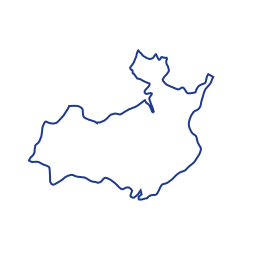 Nghia Lo, Yên Bái, Vietnam (Equal Earth projection), rotated 30°
{"feature_id": "81297802B35519691635120", "entity_name": "Nghia Lo", "entity_type": "district", "adm_level": 2, "iso_a3": "VNM", "parent_name": "Vietnam", "parent_adm1": "Yên Bái", "projection": "equal_earth", "projection_center": [104.497, 21.599], "detail": "fine", "context": "isolated", "style": "outline", "palette": "blue", "viewbox_px": 256, "rotation_deg": 30, "n_neighbors": 0, "source": "geoboundaries", "source_scale": "gbopen_adm2", "svg_char_len": 5308}
<svg xmlns="http://www.w3.org/2000/svg" viewBox="0 0 256 256"><g transform="rotate(30 128 128)"><path d="M89.9,214.8L91.4,214.6L92.5,213.6L94.8,209.7L97.0,205.5L98.0,202.4L99.8,199.5L102.0,197.2L103.5,196.4L104.1,196.2L106.0,196.1L107.6,195.7L108.7,195.4L111.8,194.0L113.7,193.3L114.4,192.8L115.0,192.6L117.3,192.4L121.9,192.6L122.0,192.6L124.5,192.0L127.1,190.9L129.3,190.5L130.5,189.4L131.6,187.7L131.9,185.7L132.4,183.5L133.2,182.5L134.8,181.9L138.0,181.6L140.2,181.7L143.7,182.2L146.6,182.8L148.0,183.2L149.0,183.5L150.5,183.9L151.9,184.1L152.7,184.1L153.4,184.0L154.1,183.5L155.0,182.4L155.8,181.1L156.7,180.1L157.9,179.3L158.9,179.1L160.5,179.3L161.5,179.5L162.9,180.1L163.1,181.1L163.7,184.5L164.1,185.7L164.8,186.0L165.1,186.1L165.4,186.1L165.9,186.0L166.6,186.0L167.2,185.8L167.5,185.7L167.8,185.4L168.1,185.2L168.4,184.3L169.3,182.0L169.7,180.9L169.9,178.9L170.0,176.7L170.1,175.7L172.9,178.6L172.2,180.7L171.7,182.6L172.5,183.8L172.9,184.3L173.2,184.4L173.4,184.4L173.6,184.3L174.3,183.9L175.5,183.2L176.3,182.4L178.3,180.4L179.8,179.0L179.8,178.4L179.9,177.8L180.1,177.2L180.3,176.7L180.5,176.3L181.1,175.5L181.5,174.8L182.3,174.1L184.1,172.9L184.9,172.3L185.4,171.8L185.7,171.4L185.9,170.8L186.0,170.0L186.0,168.1L186.0,167.2L185.9,166.0L185.7,164.4L185.6,162.5L185.6,161.4L185.7,160.6L185.9,160.1L186.0,159.6L186.4,159.1L187.0,158.5L188.0,157.6L188.4,157.2L188.9,156.5L189.7,155.4L189.9,154.9L190.2,154.3L190.7,153.0L191.1,152.2L191.6,151.1L191.9,150.1L192.5,147.8L192.7,147.2L193.0,146.0L193.3,144.9L193.6,143.9L194.1,142.8L194.7,141.4L195.2,140.6L195.9,139.5L197.2,138.1L198.1,137.0L198.5,136.4L198.9,135.6L199.4,133.3L199.9,131.5L200.4,129.9L201.1,128.2L201.7,126.6L202.2,125.3L202.4,124.0L202.5,123.2L202.6,122.1L202.7,118.8L202.8,117.3L202.9,115.8L202.8,114.3L202.6,113.0L202.3,111.7L202.0,110.5L201.5,109.6L201.2,109.1L200.6,108.6L200.0,108.2L198.6,107.5L197.6,106.9L196.0,105.9L194.8,104.9L193.9,104.0L192.9,102.8L192.0,101.8L191.2,101.2L190.5,100.9L190.0,100.8L188.0,100.6L186.9,100.5L185.5,100.0L184.5,99.5L183.2,98.6L181.9,97.7L180.8,96.8L179.9,95.9L179.1,94.8L178.5,93.8L178.1,93.0L177.6,91.7L177.2,90.1L176.8,87.9L176.7,87.2L176.6,86.3L176.5,85.2L176.6,83.7L176.7,82.0L176.8,81.2L177.1,80.5L177.5,79.8L178.0,79.0L178.9,77.8L179.4,76.8L179.6,76.2L179.7,75.5L179.8,74.8L179.8,73.3L179.8,72.8L179.6,72.0L179.2,71.0L178.9,70.2L178.5,69.0L178.1,67.6L177.5,65.2L177.3,64.1L176.5,60.9L176.1,59.2L175.9,58.4L175.7,56.2L175.7,55.6L175.7,55.0L175.9,54.4L176.1,53.3L176.4,52.0L176.8,50.1L176.9,48.8L177.0,48.1L177.0,47.3L176.8,45.8L176.5,43.5L176.3,41.3L176.3,41.2L172.9,41.2L170.6,41.3L170.6,43.3L170.9,45.0L171.5,46.8L171.9,48.0L172.1,48.8L172.2,49.5L172.2,50.2L172.0,51.0L171.6,51.6L170.7,52.4L169.8,53.7L168.5,55.8L168.1,57.1L168.0,58.9L168.0,60.5L168.3,62.0L168.6,63.3L167.6,64.3L166.7,65.1L165.4,66.1L163.6,67.5L162.7,67.9L162.0,68.0L161.3,67.9L160.9,67.8L159.9,67.3L158.0,66.3L156.7,65.7L155.9,65.5L155.1,65.6L154.7,65.9L154.4,66.2L153.8,67.1L153.2,68.4L152.5,69.2L152.0,69.6L151.3,69.8L147.6,70.3L145.2,70.6L140.9,71.1L139.3,71.1L137.9,70.7L135.9,70.1L134.8,69.6L133.8,68.8L133.8,65.6L134.7,62.0L134.9,59.5L134.8,58.0L133.8,56.7L131.9,54.8L129.7,53.5L128.3,52.1L127.5,50.6L127.3,48.9L126.3,47.9L125.2,48.6L123.2,49.4L122.0,49.5L121.8,49.7L121.5,50.0L121.5,51.0L121.4,52.1L121.3,52.8L121.1,53.2L120.9,53.3L120.3,53.3L119.9,53.1L119.0,52.6L115.7,50.3L115.4,50.1L115.1,50.3L115.0,51.0L114.8,53.7L114.7,54.6L114.5,55.1L112.7,57.3L109.9,58.0L105.6,58.0L103.8,57.6L102.4,56.9L100.5,56.6L98.9,56.1L98.1,55.7L98.0,56.2L98.0,56.7L98.4,58.9L99.4,62.0L99.8,65.4L100.2,68.0L100.2,69.9L99.9,72.0L99.7,74.6L100.1,75.2L101.0,75.8L101.5,75.9L101.9,75.9L102.4,75.8L102.7,75.8L103.1,75.9L103.6,76.5L103.9,77.0L104.2,77.5L104.6,78.1L104.8,78.2L105.2,78.3L105.6,78.2L105.9,78.1L111.3,80.5L114.0,79.6L117.4,79.6L119.0,79.5L120.4,79.3L122.0,79.2L124.2,78.7L125.0,79.5L125.2,80.9L124.8,83.1L124.3,84.9L123.9,87.4L124.4,88.6L125.2,89.2L126.0,89.4L127.3,89.1L128.7,87.5L130.3,86.4L131.3,86.2L131.7,86.7L131.5,89.7L131.5,91.7L133.2,93.4L136.3,96.0L139.4,98.4L142.1,101.0L141.8,101.9L140.5,101.7L138.7,100.1L135.4,97.8L133.5,97.2L131.0,97.0L129.7,96.1L128.7,95.5L128.3,96.3L126.7,100.2L125.0,104.0L123.4,106.6L122.0,108.2L121.9,108.3L120.9,109.8L119.7,111.0L119.0,112.3L116.7,116.2L116.1,117.8L114.3,120.3L112.8,120.8L111.0,121.3L109.7,121.9L108.5,122.9L107.7,123.8L106.7,124.7L106.1,126.0L105.6,127.6L105.2,129.8L103.9,133.1L103.1,134.4L100.8,137.3L98.7,138.5L98.7,138.8L98.8,139.3L96.5,139.1L95.8,139.1L95.3,139.1L94.3,139.5L92.1,139.8L90.5,140.3L86.8,140.7L85.4,140.8L84.1,140.5L82.4,139.0L79.9,135.3L79.1,134.3L77.3,133.8L74.7,133.8L72.6,134.4L69.2,136.4L66.0,138.4L66.1,138.8L66.3,139.6L66.3,140.9L66.3,142.4L65.9,149.9L64.2,157.3L63.5,159.3L61.4,161.3L60.1,162.0L58.0,162.8L56.2,163.2L54.9,163.3L53.8,163.4L53.4,163.7L53.2,164.1L53.1,164.6L53.1,166.1L53.4,169.2L53.9,170.9L55.1,173.5L57.0,178.2L57.4,180.4L57.8,183.0L57.8,183.9L57.7,185.9L56.8,187.9L56.5,189.5L56.8,190.4L57.7,192.8L59.0,195.4L59.3,196.5L59.4,198.0L59.2,199.6L58.5,202.2L58.4,203.8L58.4,205.2L58.5,205.7L60.3,205.7L61.9,205.4L65.4,203.1L67.7,202.1L69.3,202.1L72.6,202.0L77.3,201.2L79.4,201.4L79.7,201.6L80.1,202.2L81.3,203.7L85.0,209.4L87.2,213.1L87.7,213.5L88.3,214.0L89.9,214.8Z" fill="none" stroke="#1e3a8a" stroke-width="2"/></g></svg>